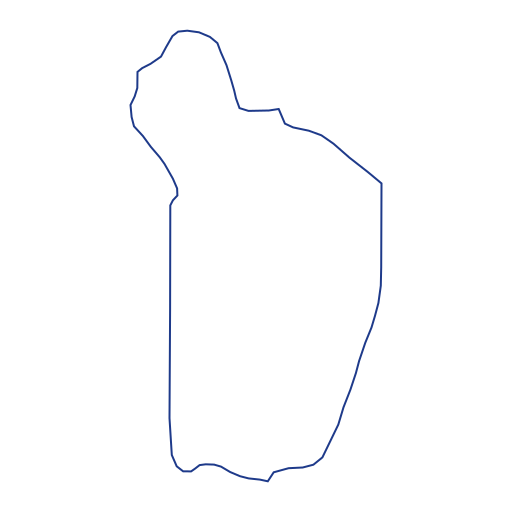 Lèkabi-Lèwolo, Haut-Ogooué, Gabon (Albers equal-area conic projection)
{"feature_id": "22940354B94372756375204", "entity_name": "Lèkabi-Lèwolo", "entity_type": "district", "adm_level": 2, "iso_a3": "GAB", "parent_name": "Gabon", "parent_adm1": "Haut-Ogooué", "projection": "albers", "projection_center": [13.716, -1.334], "detail": "fine", "context": "isolated", "style": "outline", "palette": "blue", "viewbox_px": 512, "rotation_deg": 0, "n_neighbors": 0, "source": "geoboundaries", "source_scale": "gbopen_adm2", "svg_char_len": 1009}
<svg xmlns="http://www.w3.org/2000/svg" viewBox="0 0 512 512"><path d="M381.5,183.4L367.8,172.0L349.5,157.7L333.5,143.7L321.4,135.3L308.8,130.7L293.1,127.4L284.9,123.6L278.7,109.0L268.9,110.5L248.5,110.9L239.5,108.1L236.0,98.4L234.2,90.6L231.3,80.5L226.5,65.2L220.9,52.4L217.4,43.1L209.9,36.9L199.0,32.3L187.3,30.7L178.2,31.6L172.5,36.0L166.1,47.1L161.0,56.6L150.4,63.9L142.2,68.1L137.5,71.9L137.3,88.0L134.7,96.4L130.5,105.0L131.6,117.0L134.0,126.3L142.9,136.0L150.8,146.8L159.7,157.2L164.5,163.9L172.9,178.7L177.1,188.4L177.4,195.5L172.9,200.3L170.3,205.4L170.1,308.9L169.5,418.2L171.8,455.0L176.7,466.3L183.1,471.3L191.1,471.4L195.1,468.6L199.6,465.1L205.7,464.3L214.1,464.6L221.0,466.6L230.1,472.0L240.0,476.2L248.6,478.4L259.9,479.6L267.8,481.3L273.7,472.3L288.6,468.2L302.7,467.5L313.4,464.7L322.4,457.4L338.3,424.6L343.5,407.3L350.4,389.7L355.9,373.1L359.1,361.0L365.3,342.7L371.5,327.5L375.0,315.8L378.4,303.0L380.8,285.7L381.2,267.4L381.5,183.4Z" fill="none" stroke="#1e3a8a" stroke-width="2"/></svg>